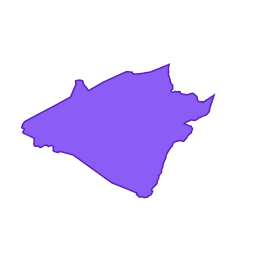 Eunápolis, Bahia, Brazil (Equal Earth projection), rotated 236°
{"feature_id": "56859067B32673788757857", "entity_name": "Eunápolis", "entity_type": "district", "adm_level": 2, "iso_a3": "BRA", "parent_name": "Brazil", "parent_adm1": "Bahia", "projection": "equal_earth", "projection_center": [-39.639, -16.312], "detail": "fine", "context": "isolated", "style": "filled", "palette": "violet", "viewbox_px": 256, "rotation_deg": 236, "n_neighbors": 0, "source": "geoboundaries", "source_scale": "gbopen_adm2", "svg_char_len": 2922}
<svg xmlns="http://www.w3.org/2000/svg" viewBox="0 0 256 256"><g transform="rotate(236 128 128)"><path d="M182.6,38.2L177.2,41.5L176.2,42.1L171.8,44.6L170.9,43.7L169.9,43.1L169.0,42.5L168.1,41.5L167.0,40.8L166.0,40.7L165.1,40.6L164.3,41.5L163.7,42.6L163.0,43.8L162.1,43.7L160.9,44.3L160.4,45.9L160.6,47.8L160.1,49.5L159.5,50.5L158.8,51.6L158.0,51.3L157.1,51.5L156.9,53.3L156.3,54.8L155.3,55.5L154.3,55.9L153.5,55.1L152.4,54.4L151.5,53.3L150.3,53.5L148.9,54.5L147.9,55.3L147.0,56.2L146.7,57.4L146.5,58.6L143.8,61.1L136.2,67.5L96.1,82.3L94.1,83.1L91.4,84.1L78.5,92.9L69.0,99.1L68.2,97.9L66.6,98.3L65.4,98.6L64.5,98.6L63.9,99.8L63.1,101.1L62.5,101.8L61.4,102.4L60.8,103.1L60.5,104.3L59.7,105.6L60.5,106.8L59.9,108.0L59.8,109.2L60.2,110.8L61.1,111.9L61.8,113.1L62.6,112.7L63.5,112.8L64.1,113.7L64.6,115.2L64.8,117.1L65.2,118.7L65.5,120.0L66.0,121.2L67.3,122.3L68.5,123.9L69.2,125.3L70.2,126.3L71.5,126.5L71.5,128.0L72.2,130.0L72.9,131.3L73.9,131.8L74.7,132.7L75.3,133.5L75.9,134.6L77.0,135.6L78.0,136.7L79.1,137.7L79.9,139.1L80.8,140.3L81.4,141.6L82.2,142.8L83.1,143.5L83.9,144.0L86.5,149.0L88.3,153.6L88.3,154.9L89.3,155.4L90.1,156.7L90.5,158.0L90.2,159.8L89.7,160.9L89.3,162.0L88.9,163.0L88.5,164.0L87.9,164.8L87.0,165.6L85.9,166.3L85.9,167.5L86.3,168.8L86.6,169.9L87.0,171.1L87.8,172.3L88.2,173.8L88.5,175.1L88.7,176.4L88.6,177.8L89.3,178.4L90.0,179.1L90.5,180.0L91.0,180.9L92.1,181.1L93.2,181.2L94.4,181.3L95.0,180.4L95.9,179.7L96.7,179.3L97.7,178.7L98.8,178.0L100.1,177.1L100.4,179.6L99.9,181.3L99.6,183.2L99.5,184.9L98.6,185.7L97.2,187.2L96.7,188.3L96.6,189.5L96.6,191.0L96.9,192.2L96.3,193.9L96.2,195.5L95.8,197.4L95.4,198.7L95.1,200.2L95.3,201.5L95.6,202.7L96.0,204.0L96.9,205.5L98.1,206.1L107.1,217.8L107.3,204.3L108.1,204.5L108.8,203.8L109.3,202.5L110.4,201.5L111.5,201.2L112.9,201.4L114.5,202.4L115.8,202.7L117.2,202.0L118.5,202.0L119.5,201.7L120.4,201.2L121.2,200.0L121.4,198.8L121.9,197.6L122.2,196.3L122.7,195.1L123.9,194.2L124.9,192.9L125.8,192.1L126.7,191.2L127.9,191.1L129.0,191.5L129.7,190.8L130.2,189.5L131.0,188.5L132.2,187.3L132.3,185.4L133.6,184.2L134.9,184.4L135.3,185.6L135.3,186.9L136.3,187.6L137.1,188.0L137.8,188.6L138.8,188.9L139.9,188.7L141.2,188.5L142.5,189.0L143.7,189.4L146.5,190.6L148.2,191.0L149.2,191.1L150.3,191.8L151.2,192.7L152.0,193.2L152.9,193.6L154.0,194.3L155.2,195.2L156.4,196.2L157.1,197.0L157.7,197.7L161.8,178.2L165.2,170.5L168.6,164.1L169.5,163.4L170.2,162.5L171.1,162.3L171.9,162.7L175.6,158.2L179.8,133.4L181.0,116.4L181.9,116.0L183.1,116.2L184.0,116.1L184.9,116.1L185.7,116.0L187.0,115.7L188.2,115.7L189.2,115.7L190.4,115.9L191.2,116.5L192.3,116.8L193.1,116.4L193.8,115.7L194.4,115.0L195.2,114.0L195.9,112.5L196.3,110.8L195.3,110.2L194.4,109.9L193.5,109.5L192.6,108.4L191.9,107.0L185.8,97.7L187.2,82.8L191.1,46.3L190.6,44.5L190.0,42.7L189.1,42.0L188.2,40.4L187.1,40.2L185.5,41.5L184.4,40.8L183.7,38.8L182.6,38.2Z" fill="#8b5cf6" stroke="#5b21b6" stroke-width="1.5"/></g></svg>